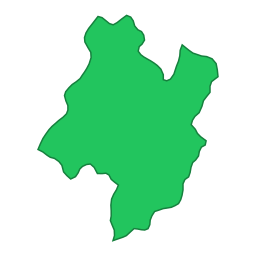 the district of Fernandes Tourinho, Minas Gerais, Brazil
{"feature_id": "56859067B23476537277650", "entity_name": "Fernandes Tourinho", "entity_type": "district", "adm_level": 2, "iso_a3": "BRA", "parent_name": "Brazil", "parent_adm1": "Minas Gerais", "projection": "natural_earth1", "projection_center": [-42.097, -19.105], "detail": "fine", "context": "isolated", "style": "filled", "palette": "green", "viewbox_px": 256, "rotation_deg": 0, "n_neighbors": 0, "source": "geoboundaries", "source_scale": "gbopen_adm2", "svg_char_len": 1942}
<svg xmlns="http://www.w3.org/2000/svg" viewBox="0 0 256 256"><path d="M98.0,16.5L95.2,20.1L92.1,24.1L88.7,28.4L86.0,32.9L84.5,37.6L84.9,42.0L88.0,47.6L90.8,52.3L91.1,57.7L89.1,64.0L86.7,68.6L84.5,72.1L82.3,75.2L80.1,78.6L76.3,81.7L72.2,84.5L68.9,87.8L65.7,91.7L64.5,95.6L65.9,100.8L67.9,105.6L67.9,110.1L66.5,113.8L63.2,117.1L58.6,120.6L54.9,123.9L52.0,126.4L49.0,129.7L45.7,134.3L43.0,138.4L40.4,143.8L38.0,149.5L42.8,151.9L47.2,155.3L50.3,157.3L54.5,158.4L58.9,161.5L61.9,165.3L63.6,171.9L66.9,175.6L70.7,179.0L75.5,176.7L78.1,172.9L79.8,169.0L82.5,166.4L86.5,164.5L90.4,164.0L94.2,167.4L97.4,173.5L102.1,173.6L105.9,173.2L109.0,175.0L111.2,179.3L114.5,182.1L118.4,185.1L116.5,189.7L113.7,194.3L111.6,199.1L110.9,205.1L111.2,210.8L111.2,216.1L110.4,220.6L112.4,225.6L114.3,230.1L114.5,235.6L113.0,240.6L119.6,238.3L122.9,237.2L126.4,235.6L130.4,231.9L134.0,228.6L137.7,229.0L141.2,229.7L144.7,230.0L148.0,228.7L149.8,224.7L150.2,220.1L151.9,215.8L154.6,211.5L159.2,210.0L163.2,208.6L167.1,208.0L171.3,207.3L175.1,205.6L178.5,203.6L180.7,199.7L182.0,195.4L183.0,189.9L183.0,183.8L184.9,179.5L188.6,176.9L190.1,172.5L191.0,167.3L192.7,162.5L195.6,160.0L198.5,156.0L199.3,151.4L201.4,147.1L205.2,145.0L206.1,140.8L200.6,136.7L197.4,133.4L195.3,129.3L191.2,124.7L192.5,120.2L194.9,116.4L199.1,112.7L201.9,106.4L203.5,100.6L206.5,96.7L210.0,92.3L210.0,86.2L211.6,81.6L214.7,79.2L218.0,76.7L217.3,69.8L216.1,63.6L212.1,58.8L206.7,56.6L201.5,56.0L197.1,54.5L192.9,53.1L188.8,50.2L185.7,47.7L182.2,44.9L180.2,50.3L179.8,55.9L178.5,61.2L176.5,66.2L175.2,70.2L173.9,74.2L170.4,79.2L166.7,80.8L163.3,79.7L163.3,74.7L160.9,69.2L157.3,65.5L154.1,63.1L150.7,60.9L147.3,59.0L143.7,56.9L140.8,54.7L138.2,51.2L139.2,46.6L142.0,44.2L144.5,40.1L143.7,35.1L141.5,31.6L137.9,29.8L134.7,26.0L133.2,20.8L130.7,17.1L126.6,15.4L121.7,19.0L117.0,22.7L113.2,24.8L109.4,23.6L104.9,19.9L102.0,17.6L98.0,16.5Z" fill="#22c55e" stroke="#15803d" stroke-width="1.5"/></svg>